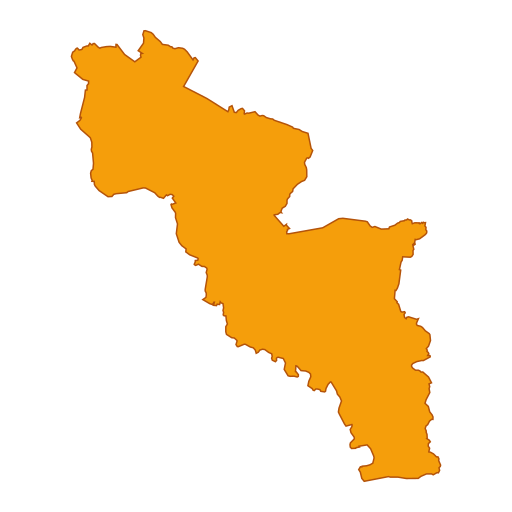 El Grullo, Jalisco, Mexico
{"feature_id": "50627088B46510877270516", "entity_name": "El Grullo", "entity_type": "district", "adm_level": 2, "iso_a3": "MEX", "parent_name": "Mexico", "parent_adm1": "Jalisco", "projection": "orthographic", "projection_center": [-104.189, 19.796], "detail": "fine", "context": "isolated", "style": "filled", "palette": "amber", "viewbox_px": 512, "rotation_deg": 0, "n_neighbors": 0, "source": "geoboundaries", "source_scale": "gbopen_adm2", "svg_char_len": 6008}
<svg xmlns="http://www.w3.org/2000/svg" viewBox="0 0 512 512"><path d="M364.2,481.3L388.4,476.6L390.3,477.1L397.9,477.1L406.3,478.5L418.2,478.4L421.0,476.3L426.5,473.9L431.6,473.9L433.2,474.8L436.9,472.7L438.4,472.8L439.6,470.4L439.0,467.8L440.3,466.4L440.6,465.1L438.7,460.7L438.9,458.8L438.0,456.9L436.4,456.8L433.5,453.9L430.4,452.2L428.8,451.9L429.6,448.2L428.2,446.1L428.4,443.6L430.3,441.8L429.3,440.2L426.8,438.6L427.2,438.3L427.0,434.4L426.1,432.0L426.3,431.1L425.2,428.6L425.9,426.1L427.7,424.6L429.5,421.1L431.7,419.3L432.9,419.4L433.0,417.0L432.1,414.9L429.7,411.8L428.3,406.4L425.0,403.3L426.1,399.7L429.8,392.5L429.1,388.7L429.7,386.6L429.0,383.9L431.5,382.8L428.5,377.0L422.8,372.0L421.1,372.1L419.9,370.9L418.3,370.2L415.5,370.2L412.7,368.1L411.6,366.5L411.6,365.0L412.8,363.5L416.8,361.6L421.7,360.5L423.3,360.6L430.2,356.9L430.2,356.0L429.7,355.5L427.7,355.5L428.8,353.7L428.2,352.4L427.0,351.5L427.2,350.1L426.3,348.6L428.5,346.2L430.5,340.5L429.9,334.7L429.2,333.6L425.3,330.8L422.5,327.5L420.7,326.3L417.4,325.5L416.6,324.6L416.5,323.1L418.4,318.7L416.6,319.3L408.6,316.8L406.8,317.3L406.1,318.7L404.6,317.5L404.0,314.6L405.2,312.8L404.6,311.7L402.0,312.1L400.8,311.5L398.6,304.3L396.9,302.7L397.2,301.7L394.4,298.7L395.1,290.3L396.0,290.5L397.4,288.1L398.9,283.8L400.7,270.1L399.4,269.6L401.0,262.2L402.2,260.2L402.7,256.8L410.4,257.2L411.8,256.4L413.1,254.4L413.0,250.5L413.8,249.3L412.7,244.7L413.7,243.7L414.2,244.9L415.1,244.3L414.7,242.3L415.2,239.4L416.1,239.7L419.6,238.8L425.3,234.6L426.5,233.2L426.8,232.0L426.7,230.9L425.8,229.7L426.0,227.3L424.9,225.9L425.5,222.6L423.6,222.7L423.2,222.3L422.5,223.3L421.6,222.5L420.0,223.8L419.2,223.5L419.2,222.9L414.8,222.8L412.3,223.7L411.7,221.7L411.9,221.1L410.6,219.9L409.6,220.0L407.5,219.0L406.7,219.9L404.8,220.1L404.4,220.7L400.3,221.4L399.3,222.6L397.6,223.1L394.9,225.2L389.5,227.0L388.8,228.8L381.3,229.1L374.9,226.5L372.2,227.4L370.1,225.9L367.3,221.8L365.4,221.2L342.9,218.3L338.7,218.7L322.7,227.8L288.9,233.8L286.8,233.7L286.7,231.4L287.5,230.7L287.4,229.4L289.5,228.5L286.3,225.1L286.4,224.4L283.8,226.3L274.2,215.4L274.2,214.8L277.8,214.3L280.1,212.5L281.5,212.7L281.1,212.2L281.1,211.0L282.2,208.2L285.3,206.3L287.0,203.4L287.0,200.2L287.6,198.8L289.7,196.5L289.7,194.5L290.3,193.5L292.6,191.5L293.1,188.8L297.4,184.3L301.6,181.5L304.6,180.3L306.8,176.7L306.7,169.9L306.3,167.6L304.7,164.3L304.5,162.2L306.7,158.2L307.9,157.8L308.5,158.3L310.1,157.0L312.7,150.5L311.1,148.4L308.0,133.3L302.2,131.5L299.1,129.5L293.4,128.3L292.6,127.1L287.0,124.6L274.3,120.3L272.7,119.0L270.4,118.8L266.2,117.5L263.7,115.7L262.2,115.5L259.9,116.1L258.1,115.1L255.0,111.7L248.7,113.2L247.0,113.0L244.6,114.1L244.2,113.8L244.5,110.8L242.5,108.4L241.2,108.6L238.2,110.3L236.3,112.6L234.3,112.3L232.0,105.7L229.2,107.1L228.8,109.8L227.9,111.7L206.9,98.5L183.6,86.5L198.1,61.0L195.3,57.6L194.1,57.8L193.0,59.9L187.2,51.9L184.5,49.2L182.7,48.3L178.5,47.7L174.9,48.7L172.8,48.1L171.9,46.8L170.5,46.7L168.2,45.2L162.4,44.4L160.3,41.6L155.3,37.3L153.2,34.3L151.2,32.6L145.5,30.7L144.0,30.8L142.8,34.6L143.9,38.0L143.5,43.2L138.2,50.7L142.3,53.4L140.8,53.7L140.5,55.2L141.0,57.2L134.8,61.8L124.6,54.5L117.0,44.5L116.0,44.4L115.9,47.2L110.3,46.4L106.5,46.6L101.2,47.5L99.8,48.2L98.1,47.1L94.5,43.5L93.1,43.6L92.4,44.8L91.8,44.9L89.8,43.3L88.3,45.9L86.7,46.0L83.0,47.4L82.0,49.3L81.0,49.7L79.1,50.0L77.4,48.1L76.6,48.3L75.5,49.3L74.7,50.8L72.7,52.2L71.4,56.4L72.3,59.0L73.3,60.9L74.0,61.2L77.0,67.9L74.5,72.6L82.8,79.4L88.6,81.1L88.5,83.7L87.0,85.5L87.0,90.0L85.4,90.1L84.6,97.4L80.5,113.4L79.7,117.7L81.0,117.2L81.4,117.8L80.0,120.3L76.6,122.9L80.7,129.2L90.3,137.7L91.8,142.2L91.9,146.9L91.3,149.4L91.5,151.1L92.6,153.1L93.5,163.3L93.0,169.2L91.3,170.7L90.6,173.2L91.1,177.9L92.2,180.4L91.9,181.3L94.2,181.4L94.4,184.4L95.3,186.2L99.1,190.6L108.0,196.7L111.9,196.5L113.8,194.3L116.1,193.7L126.7,192.7L128.2,191.5L143.2,187.9L145.5,188.0L154.7,192.7L157.9,196.2L159.6,197.4L160.5,197.3L163.5,198.3L166.4,194.9L167.5,195.7L170.1,194.3L172.2,194.6L173.8,196.2L172.3,198.1L175.8,203.0L172.3,204.3L171.4,204.0L171.0,204.6L172.0,207.9L175.2,212.2L175.6,213.3L175.5,217.6L177.5,223.9L176.3,233.7L179.1,242.3L181.8,245.7L186.1,248.9L185.8,251.9L189.7,254.8L197.7,258.0L198.2,258.8L197.7,260.3L195.3,260.5L195.2,262.1L194.2,264.3L194.5,264.7L195.6,265.4L198.5,264.2L201.9,266.4L204.4,266.5L206.7,268.0L207.1,269.2L206.2,272.6L207.2,275.0L207.3,276.8L205.2,289.3L205.2,291.0L206.2,292.9L206.3,295.1L205.9,297.4L202.8,299.6L209.8,303.7L212.2,304.5L213.2,303.6L213.9,302.2L214.4,302.2L213.4,305.3L216.5,305.6L217.1,304.2L219.6,304.5L220.2,301.8L221.1,302.9L223.0,303.6L223.6,307.8L223.0,310.5L223.6,312.3L223.2,314.9L224.1,315.8L225.9,315.9L226.4,320.7L227.4,324.0L225.8,326.7L225.8,331.8L226.5,334.4L231.7,337.7L234.3,338.0L236.6,340.1L237.1,340.9L236.0,344.6L237.3,346.6L238.3,346.7L244.3,344.2L245.4,344.3L250.3,347.0L253.3,347.8L255.3,350.1L256.2,353.3L258.3,352.2L259.8,350.1L262.6,349.2L264.9,349.6L268.6,352.4L271.7,353.8L272.2,356.4L271.6,358.2L272.3,360.2L275.4,361.7L276.6,360.4L276.4,358.3L277.2,357.5L278.1,357.2L283.3,358.5L285.5,363.0L284.2,369.4L288.1,375.8L290.1,376.3L294.1,376.2L297.2,377.0L298.3,376.4L298.4,374.7L296.2,371.8L295.5,371.6L295.9,365.8L296.8,366.0L298.1,367.2L301.0,370.6L305.7,371.0L308.9,372.4L310.5,374.0L310.8,376.7L308.8,381.3L307.9,385.7L312.3,388.7L313.0,390.1L314.2,390.6L315.9,389.0L317.3,389.0L319.9,389.6L320.8,391.3L324.6,391.9L325.5,391.3L326.0,388.5L328.1,384.3L330.4,381.9L331.2,382.1L336.5,390.8L337.4,394.2L339.9,397.1L341.5,401.0L339.0,408.1L338.4,412.0L339.4,414.2L344.5,424.0L346.0,426.1L351.9,424.5L352.1,424.9L351.9,426.6L350.2,429.5L351.0,432.7L354.1,437.0L354.3,438.2L354.2,439.0L350.4,442.9L350.0,444.7L350.3,447.2L351.6,448.5L355.7,448.3L356.1,447.7L359.5,447.0L359.1,446.2L367.1,444.9L370.6,448.7L373.7,456.0L374.1,457.9L372.8,463.2L370.0,464.8L366.5,465.8L362.1,466.2L361.9,466.9L360.4,466.8L358.7,469.6L360.3,472.1L361.8,478.4L364.2,481.3Z" fill="#f59e0b" stroke="#b45309" stroke-width="1.5"/></svg>